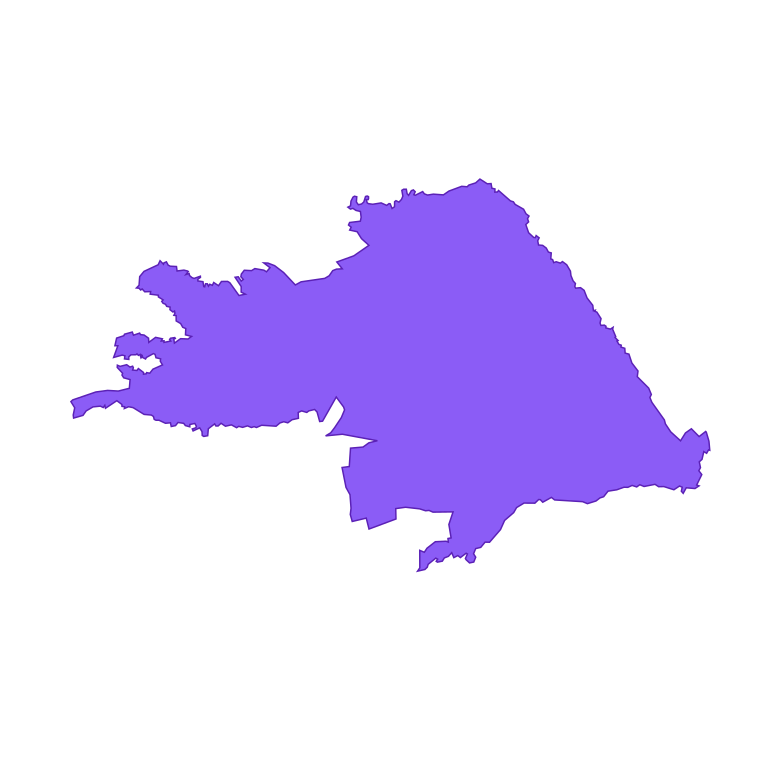 Paso del Macho, Veracruz, Mexico, rotated 171°
{"feature_id": "50627088B33800326968112", "entity_name": "Paso del Macho", "entity_type": "district", "adm_level": 2, "iso_a3": "MEX", "parent_name": "Mexico", "parent_adm1": "Veracruz", "projection": "albers", "projection_center": [-96.642, 18.948], "detail": "fine", "context": "isolated", "style": "filled", "palette": "violet", "viewbox_px": 768, "rotation_deg": 171, "n_neighbors": 0, "source": "geoboundaries", "source_scale": "gbopen_adm2", "svg_char_len": 6153}
<svg xmlns="http://www.w3.org/2000/svg" viewBox="0 0 768 768"><g transform="rotate(171 384 384)"><path d="M380.1,193.9L372.6,194.4L369.9,196.3L368.6,199.0L360.1,203.9L358.4,202.6L360.2,200.7L359.1,199.7L354.1,199.9L351.6,202.8L347.3,203.7L343.5,206.8L342.2,201.6L337.9,203.0L335.7,200.6L329.4,204.0L328.2,203.1L330.9,198.9L330.4,197.6L327.5,193.9L323.2,194.1L320.5,198.6L322.1,202.3L319.2,207.1L314.0,207.5L308.9,212.0L304.5,211.2L291.7,222.0L286.2,230.4L276.0,236.7L272.4,241.2L264.3,244.5L253.6,242.7L249.3,245.7L247.7,245.3L245.7,242.4L236.4,245.8L233.6,242.8L206.2,236.7L201.8,234.0L192.9,235.3L188.5,237.7L184.7,238.3L179.5,243.1L170.6,243.1L163.1,244.5L159.3,243.8L154.8,245.0L150.5,242.8L147.1,244.5L143.2,242.1L132.0,242.5L128.8,239.6L123.6,238.9L114.2,234.2L108.1,237.0L105.6,235.4L107.1,231.6L105.6,229.2L101.7,234.2L93.2,232.1L88.8,234.1L91.0,235.3L84.3,244.8L86.6,249.1L84.5,251.9L84.8,257.8L81.7,259.8L78.7,267.2L76.2,265.1L73.7,268.2L72.6,267.6L72.0,276.7L73.2,286.0L73.7,286.8L81.0,282.8L87.4,291.7L93.9,288.5L100.0,281.5L108.3,291.9L112.3,300.6L112.7,304.7L122.3,324.0L123.5,329.1L121.6,331.8L123.2,338.5L132.7,351.6L131.1,357.1L135.9,366.0L137.4,375.2L141.0,376.8L140.6,381.6L144.2,383.4L143.6,385.2L145.8,386.4L147.2,390.0L146.0,390.3L148.5,393.8L147.7,394.5L149.6,402.3L148.9,404.1L151.8,402.8L156.1,404.7L155.7,406.3L157.2,407.7L160.6,407.9L161.1,410.4L159.4,414.6L162.5,421.7L164.4,422.8L163.8,423.8L165.7,423.6L165.5,429.1L170.0,437.3L171.7,445.2L174.8,448.4L179.7,448.7L180.3,450.4L179.2,453.3L181.1,456.3L182.4,461.9L182.2,466.3L184.9,473.2L188.6,477.0L190.9,475.8L194.8,477.8L197.4,477.3L198.0,480.5L199.7,481.5L198.3,487.3L201.0,488.6L202.5,492.9L205.6,496.1L209.6,497.1L209.8,501.4L207.9,504.1L210.5,506.8L211.6,504.9L213.2,505.3L217.5,510.8L219.0,519.3L215.8,521.5L216.4,524.8L214.5,527.2L217.1,529.9L218.8,534.8L226.4,540.9L227.7,543.7L230.5,545.1L240.6,557.2L241.9,555.9L244.5,556.2L243.9,559.3L246.8,560.5L246.9,565.2L250.7,565.6L257.2,571.4L262.0,568.3L269.1,567.2L271.0,565.8L276.3,567.1L289.7,564.4L295.7,561.5L305.6,563.8L311.4,563.8L314.4,565.5L315.7,568.0L323.6,565.5L324.9,566.3L323.1,569.0L324.6,571.1L326.7,570.7L330.2,566.5L331.4,568.3L331.5,572.9L334.2,573.3L336.1,572.5L336.0,566.6L337.8,563.6L340.8,561.3L343.5,563.2L345.0,562.4L345.9,557.4L348.6,556.1L349.7,561.0L350.8,561.4L353.4,560.0L358.5,563.3L367.0,563.3L371.0,564.5L372.2,565.4L372.7,568.8L370.8,568.6L370.2,569.7L370.0,571.5L371.2,572.3L372.9,572.1L375.5,566.9L378.0,565.3L381.3,565.1L382.8,568.1L381.6,573.2L383.8,574.1L385.4,573.4L388.0,569.8L389.2,565.2L392.0,564.3L389.8,562.0L387.2,562.3L384.5,559.8L380.3,558.1L380.5,552.2L381.9,548.5L392.7,548.9L394.2,546.6L391.9,544.0L393.8,541.4L386.7,538.6L383.5,531.1L377.2,523.3L393.8,515.3L411.5,511.9L407.2,504.3L413.0,504.9L416.9,504.0L421.2,499.5L426.0,497.6L449.9,497.9L456.1,495.7L465.7,509.8L473.5,518.0L479.7,521.6L483.8,522.4L478.4,516.7L482.5,513.2L484.8,515.2L493.5,518.2L497.1,516.7L504.2,518.2L507.7,514.9L508.6,512.3L506.6,509.3L508.9,508.0L511.2,512.7L514.4,512.7L509.8,502.6L510.7,497.1L506.9,494.4L513.4,494.1L520.4,508.1L522.4,509.8L528.5,510.7L532.1,507.0L536.3,510.9L538.1,508.3L540.5,509.8L542.1,508.1L542.8,510.6L544.6,510.9L545.9,508.0L546.8,508.4L546.8,513.4L551.7,514.9L551.5,516.6L548.6,518.0L548.5,519.2L555.1,518.0L557.1,519.2L559.1,521.6L559.2,523.6L562.5,523.1L559.7,525.7L560.3,526.3L563.8,527.8L570.7,528.0L570.6,532.5L576.7,533.8L578.6,535.2L579.8,538.7L582.4,538.1L583.1,536.8L585.9,540.8L588.4,537.1L603.4,532.8L608.5,528.3L610.5,519.8L613.5,517.6L611.0,516.9L609.6,514.9L608.0,515.7L605.9,512.5L600.0,511.8L600.9,509.3L593.0,507.0L593.2,505.3L589.0,501.6L590.6,500.4L589.6,498.3L587.3,496.9L586.5,494.7L583.2,493.4L583.8,490.9L581.2,488.1L579.5,488.8L579.4,486.6L580.8,484.7L578.6,484.1L579.4,478.8L575.4,475.5L573.9,471.5L571.1,469.8L572.4,463.6L566.6,461.1L570.5,459.1L577.8,460.6L584.6,457.2L584.6,461.2L583.0,461.6L583.4,462.6L587.7,462.6L588.8,461.5L587.9,459.8L594.8,459.5L594.5,461.1L597.3,461.3L595.8,463.3L602.3,465.8L609.8,461.9L609.4,466.1L613.3,469.9L616.8,470.9L617.4,472.5L623.8,471.4L624.5,474.7L632.5,473.8L633.4,472.4L640.9,471.2L643.8,463.9L640.9,463.4L646.9,452.5L638.1,453.5L635.5,452.4L636.4,449.4L632.2,448.2L631.8,450.8L629.4,452.4L624.4,451.7L623.3,452.4L622.1,450.7L619.8,451.4L618.8,450.4L620.2,449.7L619.9,447.8L618.3,449.2L618.2,447.9L615.6,446.0L614.5,447.4L607.0,450.1L605.5,449.1L605.1,445.6L600.7,443.8L601.4,441.5L599.8,437.5L609.9,434.8L613.7,431.3L616.7,432.4L617.2,431.3L620.0,431.3L619.7,433.0L624.2,437.7L625.9,436.0L630.1,437.1L629.0,439.3L629.5,440.9L632.3,440.5L635.1,443.3L641.9,442.7L644.4,444.3L644.9,442.1L640.5,435.5L641.4,433.8L640.1,430.8L634.1,428.1L636.2,419.6L647.5,418.6L658.0,420.9L669.9,421.2L693.9,417.0L696.0,415.6L693.2,408.9L695.8,402.0L695.9,398.9L686.2,400.1L682.4,404.0L675.0,406.9L667.6,406.5L665.0,404.7L663.1,406.6L662.9,403.6L650.5,409.3L646.1,404.8L646.3,402.9L643.7,402.1L644.3,400.4L639.8,401.5L635.5,399.9L625.7,391.5L618.6,389.7L616.8,388.0L616.5,385.0L614.9,383.9L611.9,383.4L606.0,379.4L601.0,379.1L600.8,375.3L596.4,375.5L593.5,378.2L588.0,376.5L586.7,374.0L582.5,372.1L582.1,374.4L577.0,374.6L575.9,371.7L576.7,370.2L580.4,369.6L579.9,367.5L572.9,369.5L571.2,365.4L571.6,361.6L570.2,360.4L566.2,360.5L564.5,367.3L557.5,371.1L556.6,368.8L554.4,368.5L551.1,370.7L547.2,367.1L541.1,367.5L536.4,363.9L534.1,364.9L530.4,363.3L525.4,364.0L521.8,361.8L518.9,362.2L516.8,361.0L511.3,362.4L497.2,359.2L492.9,361.8L488.9,362.4L485.1,360.7L480.4,363.1L473.9,363.5L473.2,369.3L469.6,370.3L464.7,368.0L462.5,369.2L456.5,369.7L454.5,366.8L453.4,357.0L450.5,356.9L433.2,378.6L427.5,367.6L427.0,364.6L431.4,357.5L439.6,348.6L444.3,344.1L449.8,341.9L433.0,340.9L399.4,329.0L408.1,328.3L414.6,325.0L427.1,325.9L431.2,307.9L438.5,308.1L437.7,287.8L434.9,280.0L436.0,266.4L437.7,260.4L436.9,253.2L422.5,254.3L421.5,243.1L393.3,248.8L391.9,259.1L382.0,258.9L368.3,255.1L362.8,252.3L359.3,252.1L355.7,249.8L335.8,246.9L341.9,235.1L341.8,221.5L345.0,221.4L345.2,217.8L347.3,219.0L358.0,220.2L367.2,215.1L370.5,211.5L374.7,214.1L377.4,196.8L380.1,193.9Z" fill="#8b5cf6" stroke="#5b21b6" stroke-width="1.5"/></g></svg>